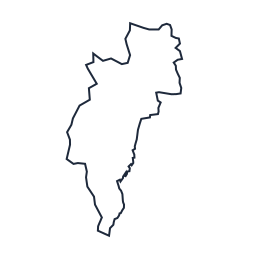 Shkodër, Shkodër, Albania (Albers equal-area conic projection), rotated 170°
{"feature_id": "67620474B15717375113052", "entity_name": "Shkodër", "entity_type": "district", "adm_level": 2, "iso_a3": "ALB", "parent_name": "Albania", "parent_adm1": "Shkodër", "projection": "albers", "projection_center": [19.63, 42.154], "detail": "fine", "context": "isolated", "style": "outline", "palette": "slate", "viewbox_px": 256, "rotation_deg": 170, "n_neighbors": 0, "source": "geoboundaries", "source_scale": "gbopen_adm2", "svg_char_len": 1594}
<svg xmlns="http://www.w3.org/2000/svg" viewBox="0 0 256 256"><g transform="rotate(170 128 128)"><path d="M96.1,136.5L95.0,138.9L94.6,142.5L91.4,147.5L93.9,149.8L94.1,157.9L91.3,157.9L79.3,153.7L74.6,153.0L70.2,152.9L68.6,158.2L69.4,163.5L68.3,168.4L69.6,172.9L70.6,177.2L70.1,181.0L71.6,184.5L67.2,186.6L62.8,186.6L63.5,194.7L67.2,198.6L62.2,202.1L62.4,207.3L65.3,208.4L69.2,211.2L67.9,217.5L68.7,222.1L71.8,223.9L76.5,223.2L80.7,219.7L90.1,221.4L95.3,223.9L107.7,230.8L108.1,228.8L109.2,223.8L115.1,216.3L114.8,210.8L113.3,199.4L117.0,192.2L123.0,192.0L132.6,199.4L141.0,198.5L146.0,203.8L149.3,207.4L150.6,198.9L158.3,197.4L157.3,193.5L155.1,187.6L151.1,177.0L159.6,174.0L160.7,162.5L171.8,158.5L180.6,147.0L183.2,141.0L188.7,134.5L187.2,126.6L188.0,121.6L193.8,108.1L187.9,102.1L183.5,102.2L176.5,100.2L176.1,92.2L177.9,86.7L178.2,77.3L173.4,66.3L173.8,58.3L169.3,44.4L170.2,43.1L171.3,41.3L172.4,39.7L173.5,38.0L174.5,36.4L175.5,32.1L165.4,25.2L164.9,26.7L163.1,32.5L159.4,35.1L159.2,35.3L158.4,37.7L157.0,40.6L155.5,40.9L154.1,41.2L152.0,43.4L151.1,45.4L149.9,45.4L148.0,47.9L145.9,50.1L145.2,53.3L145.7,55.6L145.7,57.2L145.0,63.9L145.7,67.4L147.1,69.9L147.3,72.5L148.0,77.6L145.0,78.5L144.7,76.6L141.7,79.5L141.2,81.1L138.4,84.0L139.3,80.4L137.0,83.0L136.5,85.2L134.1,85.2L133.2,88.1L134.1,90.0L131.3,91.9L130.8,90.7L128.9,92.6L128.7,93.8L128.5,97.7L126.8,97.7L126.4,100.9L126.6,101.5L127.3,105.3L124.7,106.3L124.5,108.8L123.0,112.0L121.4,115.2L120.2,119.0L118.5,124.5L115.7,130.2L113.3,134.7L104.6,134.6L103.9,136.9L96.1,136.5Z" fill="none" stroke="#1e293b" stroke-width="2"/></g></svg>